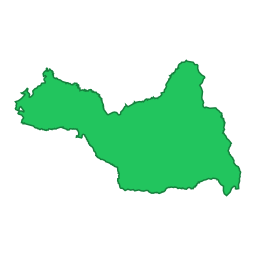 the district of Tuluá, Valle del Cauca, Colombia
{"feature_id": "7082276B54316712133185", "entity_name": "Tuluá", "entity_type": "district", "adm_level": 2, "iso_a3": "COL", "parent_name": "Colombia", "parent_adm1": "Valle del Cauca", "projection": "albers", "projection_center": [-76.017, 4.037], "detail": "fine", "context": "isolated", "style": "filled", "palette": "green", "viewbox_px": 256, "rotation_deg": 0, "n_neighbors": 0, "source": "geoboundaries", "source_scale": "gbopen_adm2", "svg_char_len": 5722}
<svg xmlns="http://www.w3.org/2000/svg" viewBox="0 0 256 256"><path d="M46.4,68.6L46.5,70.2L44.4,71.7L43.1,73.7L43.6,76.3L45.4,75.6L46.2,76.5L44.4,78.2L44.0,79.2L44.1,80.0L45.3,81.7L45.1,82.9L41.7,83.3L40.6,85.6L38.1,86.2L36.7,88.2L35.1,88.6L32.8,91.0L33.3,93.7L33.0,94.6L31.3,96.5L29.9,97.3L29.2,96.9L29.6,94.2L27.2,91.5L27.9,88.9L27.2,88.4L25.4,90.7L22.6,92.8L21.4,93.0L21.9,93.5L24.9,94.2L24.8,94.9L21.6,98.4L19.7,99.9L18.1,100.9L15.4,101.7L16.7,103.6L16.1,105.6L16.4,106.9L15.4,108.5L15.8,109.5L18.8,110.9L19.3,108.1L20.1,107.0L20.8,106.6L24.0,111.0L23.7,111.9L21.5,111.0L19.7,111.0L18.0,113.3L18.5,114.0L21.7,115.0L23.5,117.5L23.4,118.3L22.1,119.8L21.5,122.6L22.9,122.8L23.0,123.7L24.5,123.7L24.6,123.2L25.7,123.9L33.5,126.0L34.8,127.5L35.7,127.9L36.7,127.8L37.5,128.6L38.0,128.4L39.7,129.5L40.6,129.4L41.3,128.7L42.4,129.1L42.7,129.6L44.5,129.6L44.6,130.0L46.3,130.4L46.6,129.9L48.1,130.1L48.9,128.8L52.0,129.5L52.1,129.0L54.1,129.0L54.4,128.5L56.0,129.0L56.8,128.4L60.1,127.3L62.9,127.2L62.6,127.8L67.4,129.5L67.3,129.9L67.9,130.0L69.4,129.7L69.7,128.9L70.5,128.7L72.7,129.1L73.3,128.7L73.9,129.1L75.8,128.9L76.6,129.6L77.2,129.3L78.6,132.2L78.8,134.5L77.6,136.1L76.6,135.9L76.4,137.2L77.7,136.9L81.5,137.9L82.1,137.0L82.0,135.5L82.8,134.5L83.2,134.3L84.7,134.9L85.1,136.4L86.2,137.6L86.6,139.2L87.4,139.6L87.4,140.8L88.5,141.7L88.7,143.6L89.7,144.4L89.9,145.3L90.6,145.4L91.1,146.3L92.0,146.6L93.3,148.4L94.0,151.1L95.2,152.0L96.0,153.9L95.8,155.5L96.8,156.0L96.8,156.6L97.6,156.9L97.8,157.5L99.8,158.4L100.7,159.4L102.5,159.4L105.2,160.7L105.7,161.6L109.5,163.0L111.3,164.4L112.4,164.3L112.6,165.1L113.8,165.3L114.3,166.3L117.5,167.3L117.9,171.1L118.7,172.2L118.2,173.1L119.0,173.5L119.2,174.7L118.6,175.8L119.0,177.1L118.9,178.3L117.8,178.7L117.7,181.0L118.4,182.0L118.2,183.0L119.2,183.7L120.1,187.6L120.7,188.2L122.7,188.4L125.1,190.5L127.9,189.2L130.6,190.1L133.4,189.6L134.7,190.8L139.0,189.9L141.1,190.8L143.9,191.1L146.2,190.4L148.1,190.6L148.8,191.7L151.4,193.1L153.8,193.1L154.9,192.5L156.4,192.7L156.9,192.3L159.1,193.4L161.1,192.7L162.1,191.8L162.7,192.1L163.1,191.7L163.8,191.7L165.3,190.4L165.5,189.5L166.7,188.2L168.8,187.3L169.7,187.5L171.0,187.0L173.8,187.5L174.6,187.0L176.8,187.5L178.0,188.5L179.4,188.0L181.8,188.7L181.9,188.2L182.7,188.0L184.4,188.9L186.5,189.2L187.7,187.9L189.2,187.4L191.1,188.4L191.2,188.8L192.5,188.4L193.0,188.7L194.2,186.9L195.3,186.8L195.4,185.8L196.1,185.8L196.7,185.0L196.6,184.4L198.0,182.9L199.1,182.8L198.9,182.3L199.4,182.5L200.1,181.6L201.7,181.3L203.8,180.1L206.0,179.7L208.5,178.5L211.2,179.2L212.9,178.2L215.9,178.6L217.0,179.2L217.1,179.7L217.7,179.5L218.3,179.9L219.0,181.9L220.8,184.5L223.5,186.2L223.4,190.7L224.3,193.7L226.6,195.6L230.1,192.1L231.6,188.3L233.8,186.3L234.6,186.2L235.4,186.7L235.5,188.8L236.5,189.0L238.7,188.6L238.5,184.6L239.6,181.0L239.4,178.6L240.1,176.4L239.8,175.3L240.6,172.1L239.4,170.2L239.5,169.3L238.3,166.8L235.7,165.4L233.8,162.8L233.9,160.3L232.7,158.7L232.9,158.2L230.6,155.7L230.2,154.7L229.5,154.5L229.1,152.5L228.1,150.9L229.0,148.6L228.9,148.0L230.5,145.5L230.5,144.2L231.3,143.3L228.5,139.8L226.9,138.6L225.7,135.8L224.4,134.5L223.9,133.3L222.8,133.0L223.7,131.0L223.4,130.7L224.5,129.6L223.7,127.5L224.4,125.0L224.2,124.6L224.6,123.9L224.3,123.3L224.8,122.9L224.3,122.4L224.6,122.1L224.1,121.1L223.5,120.8L223.9,120.0L223.2,119.3L223.5,118.5L222.1,118.0L222.0,117.2L220.9,116.9L221.2,116.1L221.9,116.4L222.2,116.0L221.7,114.4L221.8,113.3L219.8,112.1L219.3,111.2L216.8,109.3L216.0,108.1L215.2,107.9L209.8,108.3L205.9,107.1L205.3,107.7L204.5,107.7L203.2,106.5L202.9,104.5L203.6,102.7L202.9,100.6L202.1,99.7L201.8,97.5L202.5,91.7L201.4,88.3L199.7,85.2L202.2,82.7L203.5,78.8L204.7,77.8L204.4,76.6L201.7,75.0L198.9,72.1L197.7,68.7L197.8,65.4L197.1,64.6L194.8,64.6L193.2,62.3L187.2,61.3L186.3,60.4L184.6,62.2L181.5,62.3L181.1,63.2L179.5,64.0L178.6,65.1L178.2,66.4L178.5,67.9L177.9,67.8L177.0,69.3L175.9,69.0L174.7,72.3L173.6,72.7L173.5,73.6L172.2,73.4L171.9,74.2L171.0,75.0L171.1,75.7L170.1,75.7L170.6,76.2L170.1,76.9L170.6,77.3L169.7,78.8L168.8,79.1L169.1,79.7L166.2,84.2L165.9,85.1L166.5,86.2L165.7,88.3L164.4,89.9L164.3,92.1L161.2,93.0L161.7,94.8L160.3,96.4L158.1,97.5L157.7,98.5L156.2,98.1L154.9,98.6L154.7,98.0L153.5,97.8L153.3,97.2L152.2,98.4L151.5,97.8L150.8,98.8L149.8,99.3L148.4,99.2L147.5,100.1L147.2,99.9L147.1,99.1L146.5,99.0L145.5,99.5L143.4,101.8L142.5,101.3L141.3,101.9L139.7,101.6L136.3,102.3L135.8,102.9L134.6,101.9L134.6,102.8L134.2,103.4L133.4,103.2L133.1,104.0L127.9,106.8L125.9,104.8L126.1,105.9L124.8,106.7L122.7,110.2L120.8,112.0L120.5,114.3L119.2,114.9L118.4,114.8L116.7,112.6L114.6,112.1L112.9,112.4L108.3,114.7L107.4,114.5L103.4,108.9L103.8,108.2L103.1,107.0L103.5,106.5L103.0,105.7L103.4,105.4L103.3,104.8L102.1,102.1L102.0,100.8L101.5,100.6L101.3,99.8L101.7,99.5L101.3,98.9L101.6,98.6L99.6,97.0L99.8,96.4L98.8,96.0L99.5,94.9L98.2,94.0L97.3,93.9L96.0,92.2L94.5,92.5L93.8,91.7L93.1,92.2L92.3,91.9L92.6,91.1L91.2,90.7L91.3,89.8L90.7,89.6L88.8,90.0L88.3,90.9L87.1,90.9L86.7,90.5L86.3,91.0L85.3,91.1L85.4,90.0L84.5,89.5L83.7,90.5L82.7,89.9L80.0,90.6L80.2,89.8L79.6,89.1L79.9,88.4L79.3,88.5L79.2,87.9L78.3,87.9L78.3,87.3L77.9,87.4L77.9,86.8L78.8,86.2L78.5,84.9L77.9,84.7L77.7,85.5L76.9,86.0L77.3,85.4L76.6,85.4L77.2,84.3L76.9,83.4L74.5,83.2L74.5,83.6L72.9,84.2L72.8,84.8L71.1,84.6L70.0,83.5L68.7,83.6L68.0,82.8L66.8,82.8L66.6,83.2L66.2,82.8L65.8,83.2L65.6,82.5L62.4,81.6L60.4,80.1L57.4,79.2L57.3,78.6L56.6,78.1L55.6,78.6L55.1,78.1L54.5,78.2L53.4,77.0L53.3,75.0L52.6,74.7L52.6,74.1L53.4,73.7L52.9,73.2L53.0,72.1L52.2,71.9L52.5,71.5L52.2,70.9L51.1,70.5L49.8,69.1L48.4,71.0L47.5,71.1L47.8,70.5L46.9,69.8L47.4,69.5L47.5,68.8L46.9,68.2L46.4,68.6Z" fill="#22c55e" stroke="#15803d" stroke-width="1.5"/></svg>